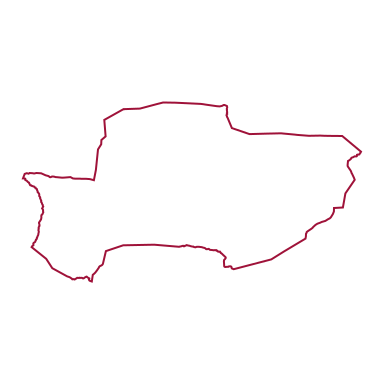 the district of Baruunturuun, Uvs, Mongolia
{"feature_id": "93677404B97554473591332", "entity_name": "Baruunturuun", "entity_type": "district", "adm_level": 2, "iso_a3": "MNG", "parent_name": "Mongolia", "parent_adm1": "Uvs", "projection": "natural_earth1", "projection_center": [94.759, 49.795], "detail": "fine", "context": "isolated", "style": "outline", "palette": "rose", "viewbox_px": 384, "rotation_deg": 0, "n_neighbors": 0, "source": "geoboundaries", "source_scale": "gbopen_adm2", "svg_char_len": 5773}
<svg xmlns="http://www.w3.org/2000/svg" viewBox="0 0 384 384"><path d="M361.0,151.7L342.2,136.0L330.9,135.9L324.5,135.8L320.4,135.6L308.9,135.8L297.2,134.9L294.8,134.6L287.2,133.9L283.9,133.6L281.0,133.3L272.5,133.5L267.6,133.6L249.5,134.1L231.9,128.1L229.3,121.9L228.9,120.9L227.6,117.8L227.0,116.8L227.0,116.4L226.8,116.1L226.8,115.7L226.5,115.3L226.7,114.5L227.1,114.1L226.9,113.7L227.1,113.3L226.9,112.9L227.2,112.3L227.1,111.7L226.9,110.5L226.9,110.2L227.0,109.8L227.0,109.6L226.8,109.2L226.8,108.8L226.9,108.3L227.1,107.9L227.2,107.5L227.2,107.1L227.0,106.5L226.9,106.0L224.5,105.0L223.7,105.0L222.0,105.9L219.7,106.4L216.9,106.2L205.6,104.6L203.2,104.2L200.7,103.9L186.2,103.2L181.9,103.0L175.3,102.7L163.1,102.5L160.0,103.3L157.6,103.9L139.9,108.6L125.2,109.1L123.8,109.3L123.7,109.1L123.4,109.2L104.3,119.9L105.6,136.4L101.4,140.0L101.2,144.3L98.0,149.4L95.9,169.9L93.9,180.2L89.9,179.1L86.0,178.8L81.0,178.8L80.4,178.7L75.5,178.7L74.5,178.6L73.5,178.5L72.8,178.4L72.1,178.0L70.5,177.1L64.2,177.6L62.2,177.7L57.1,177.2L55.6,177.1L53.9,176.6L52.1,176.5L50.6,177.2L49.7,177.1L48.6,176.1L45.6,175.3L41.2,173.3L36.5,173.0L34.1,173.5L32.6,173.2L30.8,173.1L29.6,173.0L28.6,173.7L26.8,173.2L24.7,173.9L23.0,178.4L23.6,178.4L24.2,178.4L25.1,178.6L25.3,178.8L25.2,179.8L25.3,180.0L26.7,180.7L27.9,182.0L28.8,182.5L29.1,182.8L29.2,183.1L29.2,183.4L29.3,183.5L29.6,184.0L30.1,185.1L30.3,185.3L30.6,185.4L31.1,185.3L31.3,185.5L31.5,185.7L31.7,185.9L32.1,185.9L32.4,186.0L33.2,186.4L33.6,186.4L34.0,186.5L34.5,187.1L34.7,187.3L35.2,187.5L35.5,187.6L35.6,188.4L35.8,188.5L36.4,188.7L36.8,189.0L37.0,189.5L37.1,190.3L37.3,190.8L37.5,191.1L37.7,191.3L37.7,192.3L37.9,192.5L38.4,192.8L38.8,193.4L39.1,193.8L39.2,194.3L39.3,195.0L39.2,195.6L39.2,195.9L39.3,196.2L39.7,196.7L40.0,197.0L40.2,197.4L40.1,198.3L40.2,198.6L40.4,198.9L40.7,199.4L40.8,199.8L40.9,200.1L41.2,200.6L41.3,201.0L41.1,201.7L41.1,201.9L41.2,202.1L41.7,202.6L42.3,204.4L42.6,204.7L42.8,205.0L42.8,206.0L43.0,206.3L43.2,206.5L43.0,207.0L42.7,207.4L42.2,208.3L42.1,208.5L42.8,209.3L43.1,210.1L43.0,211.2L43.3,212.2L42.8,213.3L42.5,213.8L42.5,214.1L42.1,214.6L41.4,215.2L41.3,216.4L41.4,217.3L41.3,218.1L41.0,219.5L40.6,220.1L40.0,221.1L39.6,221.7L39.1,222.4L39.0,222.7L39.0,223.2L39.2,223.6L39.5,225.0L39.5,225.4L39.3,225.6L39.2,226.0L39.3,226.4L38.7,227.2L38.6,228.0L38.6,228.5L38.8,228.8L38.5,229.7L38.4,230.1L38.8,231.5L38.7,232.5L38.4,233.5L38.3,234.6L38.2,235.0L38.0,235.4L37.9,235.6L37.7,235.9L37.4,236.7L37.4,236.9L36.9,237.7L36.8,238.0L36.9,238.6L36.7,239.0L36.1,239.5L35.9,239.7L35.9,240.3L35.7,240.7L35.4,241.0L35.3,241.3L35.2,241.8L35.0,242.0L34.8,242.2L34.5,242.4L34.1,242.6L33.7,242.8L33.6,243.1L33.3,243.6L33.3,243.9L33.4,244.9L33.4,245.2L33.4,245.3L33.1,245.5L32.7,245.8L32.2,246.1L31.6,247.1L46.2,258.8L52.3,268.2L67.2,276.4L68.8,276.9L69.8,277.3L71.9,278.7L72.0,279.0L72.3,279.3L72.6,279.3L73.4,279.1L73.8,279.2L74.2,279.4L74.7,279.5L75.0,279.3L75.3,278.9L75.5,278.8L75.9,278.7L76.2,278.6L76.8,278.1L77.2,277.8L77.8,277.9L78.5,277.9L79.0,278.0L79.7,277.7L80.2,277.9L80.8,277.9L81.5,277.8L82.1,277.9L82.6,278.1L82.9,278.4L83.2,278.4L83.5,278.4L83.9,278.2L84.9,277.4L85.6,277.1L86.0,276.8L86.5,276.6L86.8,276.7L87.0,276.9L87.3,277.2L88.1,277.8L89.3,278.4L89.3,278.8L89.1,279.1L88.9,279.4L88.9,279.6L89.0,279.8L89.3,280.3L89.6,280.7L90.2,280.9L90.6,281.1L91.8,281.5L92.8,274.8L93.6,274.2L95.2,272.7L96.5,271.0L97.1,270.2L98.8,267.7L99.2,266.8L99.8,266.2L101.5,265.4L102.3,264.8L102.9,263.9L105.9,251.1L123.2,245.3L154.2,244.7L179.2,246.8L179.6,246.6L180.8,246.4L181.3,246.3L181.8,246.1L182.4,245.9L183.2,245.8L183.4,246.0L183.8,246.3L184.1,246.3L184.4,246.2L184.6,245.9L185.3,245.8L185.6,245.7L186.0,245.5L186.3,245.2L186.6,245.1L187.7,245.4L188.2,245.6L188.8,245.6L189.6,245.8L190.7,246.2L192.1,246.5L192.6,246.6L193.4,246.6L193.6,246.8L194.1,247.1L195.1,247.2L195.6,247.3L196.0,247.1L196.4,246.9L197.0,246.8L197.8,246.8L198.4,246.8L199.0,246.8L199.6,246.9L200.4,247.0L201.3,247.1L201.9,247.2L203.4,247.7L204.1,247.8L204.7,248.0L205.4,248.4L206.1,249.1L206.7,249.2L207.6,249.1L208.5,248.9L208.8,248.9L209.1,249.1L209.4,249.4L209.9,249.8L210.2,249.9L210.7,249.9L211.8,250.0L212.6,250.1L213.4,250.2L213.8,250.3L214.1,250.2L214.4,250.2L215.0,250.1L215.5,250.2L216.2,250.1L216.5,250.4L216.6,250.7L217.0,250.7L217.3,250.7L217.4,250.8L217.3,251.0L217.5,251.2L218.0,251.6L218.6,251.7L219.2,251.8L219.9,251.6L220.2,252.0L220.4,252.3L220.6,252.5L220.7,252.9L220.9,253.1L221.2,253.2L221.8,253.6L223.2,255.0L224.0,255.7L224.6,256.3L225.5,257.1L225.7,257.5L225.7,258.0L225.3,258.7L224.5,259.6L224.1,260.0L224.0,260.5L224.0,260.9L223.9,261.5L224.1,264.2L224.2,266.2L224.5,266.7L224.9,266.9L225.5,267.0L226.0,266.9L227.2,266.8L228.0,266.8L228.3,266.8L228.5,266.6L228.9,266.4L230.0,266.3L230.6,266.3L231.3,266.7L231.5,267.3L231.6,267.8L231.8,268.4L233.7,269.2L271.3,259.4L284.1,251.4L305.5,238.6L305.9,236.4L306.0,233.8L306.5,233.0L306.7,232.1L307.1,231.7L308.2,230.9L311.5,228.7L312.7,227.7L313.1,227.1L314.3,226.0L315.5,224.9L317.4,223.7L320.2,222.7L321.6,222.0L325.4,220.9L326.0,220.5L327.9,219.3L329.7,218.4L330.8,217.4L332.9,214.0L333.9,211.5L334.0,208.0L342.9,207.5L345.4,193.4L354.7,179.8L354.0,177.9L352.3,174.3L352.0,173.7L351.5,172.9L351.4,172.4L351.1,171.6L350.7,170.7L348.1,166.9L347.7,166.2L347.6,165.7L347.7,163.9L347.9,162.1L348.0,161.0L348.8,160.6L349.2,160.3L350.0,159.7L350.3,159.4L350.7,159.1L350.9,158.9L351.0,158.7L351.1,158.3L351.5,157.9L351.7,157.7L352.2,157.5L352.9,157.3L353.7,156.9L354.3,156.5L354.5,156.4L354.9,156.3L355.5,156.4L356.0,156.4L356.5,156.4L356.8,156.2L356.9,155.7L357.0,154.8L357.2,154.7L357.5,154.6L358.6,154.6L359.1,154.5L359.4,154.4L359.7,153.7L359.8,153.4L360.2,153.1L360.4,152.9L360.6,152.6L360.7,152.2L361.0,151.7Z" fill="none" stroke="#9f1239" stroke-width="2"/></svg>